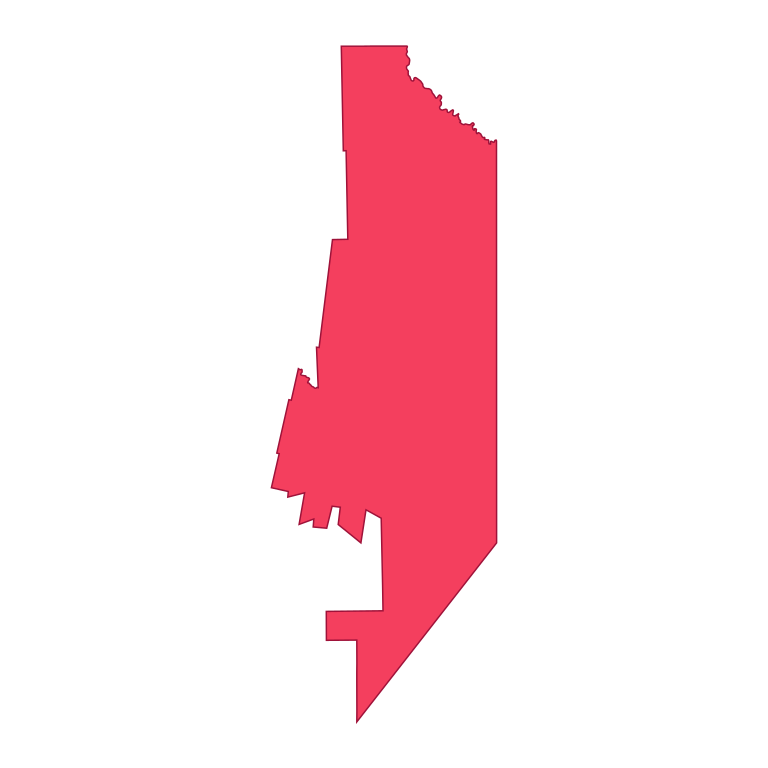 outline of Rivadavia, Salta, Argentina
{"feature_id": "61730980B79245586725774", "entity_name": "Rivadavia", "entity_type": "district", "adm_level": 2, "iso_a3": "ARG", "parent_name": "Argentina", "parent_adm1": "Salta", "projection": "mercator", "projection_center": [-62.515, -23.621], "detail": "fine", "context": "isolated", "style": "filled", "palette": "rose", "viewbox_px": 768, "rotation_deg": 0, "n_neighbors": 0, "source": "geoboundaries", "source_scale": "gbopen_adm2", "svg_char_len": 5697}
<svg xmlns="http://www.w3.org/2000/svg" viewBox="0 0 768 768"><path d="M496.5,141.3L496.4,141.2L496.4,140.7L496.4,140.4L496.3,140.2L496.1,140.1L495.8,140.2L495.3,140.2L495.1,140.4L494.7,140.8L494.6,141.0L494.3,141.6L494.1,142.2L493.9,142.3L493.6,142.3L493.3,142.2L492.7,142.0L491.4,141.3L491.0,141.3L490.9,141.4L490.7,141.5L490.6,142.0L490.5,142.4L490.5,143.1L490.6,143.6L490.6,143.8L490.6,144.0L490.3,144.1L490.1,144.1L489.6,144.0L489.3,143.9L489.1,143.9L489.0,143.6L488.8,143.1L488.7,142.3L488.8,141.4L488.7,140.8L488.6,140.3L488.4,139.9L488.2,139.8L487.8,139.8L487.4,139.9L486.7,139.8L485.7,139.6L485.0,139.5L484.5,139.3L484.4,139.1L484.7,138.5L484.8,138.1L484.8,137.9L484.6,137.5L484.5,137.4L484.1,137.4L483.7,137.6L483.4,137.6L483.1,137.5L482.6,137.2L482.4,137.0L482.1,136.7L481.9,136.4L481.7,135.9L481.5,135.4L481.2,135.0L480.8,134.1L480.6,134.0L480.2,133.6L479.9,133.4L479.6,133.2L479.0,132.9L478.7,132.7L478.2,132.8L477.9,132.9L477.6,133.3L477.2,133.6L476.7,133.5L476.5,133.2L476.2,131.8L476.2,131.0L476.4,129.9L476.4,129.4L476.3,129.2L476.0,129.1L475.6,128.9L475.1,128.7L474.7,128.7L474.4,128.8L474.3,129.0L474.3,129.5L474.4,129.8L474.4,130.0L474.1,130.2L473.9,130.2L473.7,130.1L473.2,129.6L473.0,129.3L472.8,128.6L472.6,127.9L472.5,127.2L472.4,126.7L472.3,126.4L472.3,126.1L472.4,125.8L472.6,125.6L472.8,125.6L473.1,125.8L473.3,125.8L473.4,125.7L473.6,125.4L473.7,125.0L474.0,124.7L474.1,124.3L474.0,123.9L473.7,123.5L473.4,123.1L473.1,122.9L472.9,122.9L472.5,122.9L472.1,123.1L471.4,123.6L471.2,123.9L470.9,124.1L470.3,124.7L470.1,124.8L468.5,124.7L467.7,124.6L467.3,124.4L465.6,124.0L465.3,124.0L465.1,124.0L464.8,124.2L464.6,124.4L464.4,124.5L464.2,124.6L463.8,124.6L463.3,124.5L462.4,124.2L461.8,123.9L461.4,123.6L461.1,123.3L461.0,123.2L460.5,122.9L460.3,122.7L460.2,122.7L459.9,122.4L459.8,122.2L460.3,122.0L460.4,121.9L460.5,121.7L460.5,120.9L460.4,120.6L460.3,120.4L459.9,120.1L459.5,119.7L459.4,119.6L459.1,119.2L459.0,118.8L458.9,118.3L458.8,117.8L458.6,117.5L458.5,117.2L458.4,116.9L458.2,116.6L458.1,116.4L458.1,115.4L458.2,115.0L458.4,114.5L458.6,114.4L458.7,114.2L458.5,113.8L458.3,113.9L457.5,114.3L456.7,114.9L456.0,115.2L455.7,115.4L455.4,115.8L455.0,115.9L454.6,115.9L453.6,115.6L453.3,115.5L453.0,115.2L452.8,114.9L452.7,114.6L452.7,114.0L452.8,113.7L453.0,112.9L453.4,110.8L453.3,110.3L453.2,110.1L452.6,109.9L452.1,110.2L450.4,111.3L449.7,112.1L448.8,112.4L448.2,112.4L447.7,112.3L447.4,112.0L447.2,111.5L447.2,110.9L447.1,110.1L446.9,109.7L446.6,109.5L445.9,109.2L445.6,109.3L445.0,109.4L444.8,109.5L443.6,109.7L443.0,110.0L442.3,110.1L441.6,109.9L440.9,109.7L440.4,109.3L439.9,108.8L439.7,108.1L439.6,107.7L439.6,107.1L439.8,106.6L440.1,106.2L440.4,105.9L440.7,105.6L441.1,105.0L441.3,104.4L441.3,104.2L441.3,103.6L441.4,103.2L441.3,102.2L441.2,102.0L440.8,101.6L440.4,101.1L440.3,100.7L440.2,100.4L440.6,99.5L441.0,99.0L441.2,98.6L441.6,97.6L441.5,97.2L441.5,96.7L441.3,96.2L440.5,95.6L439.7,95.0L439.0,95.3L438.2,96.2L437.7,97.1L437.5,97.4L436.9,98.0L436.4,98.1L436.2,98.1L435.8,98.0L435.5,97.5L435.1,96.9L434.6,96.0L434.3,95.4L433.5,94.4L432.6,93.3L432.3,93.0L432.1,92.4L431.9,91.8L431.8,91.4L431.3,90.4L431.1,90.1L430.1,89.3L429.5,89.0L428.8,88.7L428.4,88.7L428.0,88.7L427.1,88.6L425.0,88.3L424.5,88.1L424.3,87.9L423.8,87.3L423.4,86.8L423.2,86.6L422.9,85.6L422.8,85.0L422.8,84.6L422.7,84.1L421.0,81.6L420.6,81.1L419.7,80.4L418.8,79.7L417.8,79.0L416.4,78.0L415.8,77.7L415.5,77.6L414.7,77.7L414.5,77.8L414.2,78.1L414.0,78.5L413.9,78.7L413.9,79.8L413.8,80.4L413.6,80.6L413.2,80.9L413.0,81.0L412.8,81.0L412.3,80.9L411.8,80.7L411.5,80.5L411.3,80.3L411.1,80.1L410.8,79.2L410.4,78.3L410.1,77.5L410.0,77.1L409.9,76.8L409.7,76.5L409.1,76.0L408.5,75.3L408.3,75.1L408.2,74.7L408.3,74.4L408.3,73.8L408.2,73.5L408.1,72.7L408.2,72.2L408.3,71.8L408.3,71.6L408.2,71.0L408.0,70.6L407.8,70.4L407.4,69.9L406.8,69.1L406.7,69.0L406.5,67.9L406.5,67.3L406.5,67.0L406.7,66.2L406.9,66.0L407.1,65.8L408.6,64.8L408.8,64.6L409.0,64.3L409.2,63.9L409.2,63.6L409.5,61.9L409.7,60.1L409.4,58.9L409.3,58.7L409.0,58.2L408.4,57.7L407.7,56.8L407.3,56.2L406.6,55.3L406.4,55.0L406.4,54.7L406.4,54.3L406.4,53.9L406.4,53.4L407.0,52.6L407.1,52.2L407.3,51.5L407.2,51.0L406.9,50.5L406.9,49.9L406.7,49.6L406.6,49.2L406.6,48.7L406.9,48.2L407.0,47.9L407.3,46.9L407.3,46.7L407.3,46.4L407.0,46.1L371.2,46.1L362.9,46.2L341.3,46.2L343.3,150.8L346.1,150.7L347.8,239.3L332.5,239.6L319.1,347.5L316.5,347.2L318.2,387.7L317.8,387.6L317.6,387.5L317.2,387.4L317.0,387.5L316.8,387.5L316.1,388.1L315.8,388.2L315.3,388.3L314.8,388.1L314.5,388.0L314.2,387.8L313.8,387.3L313.5,387.1L312.8,386.7L312.1,386.5L311.7,386.2L311.4,386.0L311.1,385.4L310.9,385.1L310.0,384.4L309.7,384.0L309.4,383.5L309.1,383.2L308.7,383.0L307.8,382.8L307.8,382.7L307.7,382.6L307.8,382.1L308.0,381.7L308.0,381.4L308.1,381.2L308.4,380.9L308.6,380.5L309.1,379.9L309.2,379.6L309.3,379.3L309.5,379.0L309.4,378.7L309.1,378.2L308.9,378.0L308.5,377.8L308.3,377.7L306.7,377.3L306.5,377.2L306.2,376.9L305.8,376.3L305.7,375.9L304.2,375.7L302.4,375.4L301.9,375.3L301.6,375.2L301.4,375.1L301.0,374.9L300.9,374.8L300.7,374.6L300.7,374.2L300.9,373.7L301.0,373.6L301.2,373.1L301.8,372.6L302.0,372.3L302.1,371.6L302.1,371.0L302.0,369.8L301.9,369.6L301.6,369.4L301.3,369.4L300.5,369.7L300.1,369.7L299.7,369.6L299.4,369.4L298.6,368.7L298.4,368.6L291.3,400.2L288.9,399.7L276.8,453.1L279.2,453.7L271.4,487.7L288.3,491.5L287.8,497.1L304.6,492.8L299.1,524.4L313.8,519.0L313.2,527.0L326.7,528.2L332.1,506.2L340.3,507.2L338.2,524.5L360.9,542.9L366.0,509.8L381.2,518.2L382.6,585.5L383.0,610.8L326.3,611.4L326.4,640.3L356.8,640.1L356.9,663.3L356.8,672.7L356.8,680.3L356.9,711.2L356.8,721.9L496.6,542.9L496.5,141.3Z" fill="#f43f5e" stroke="#9f1239" stroke-width="1.5"/></svg>